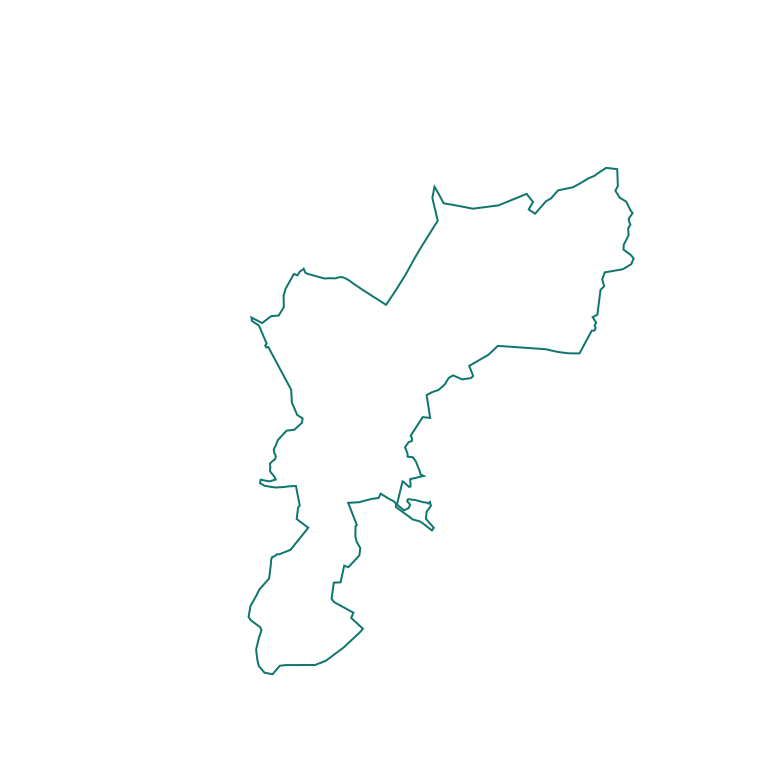 outline of Al Manaqil, Gezira, Sudan, rotated 213°
{"feature_id": "16777658B54371162299186", "entity_name": "Al Manaqil", "entity_type": "district", "adm_level": 2, "iso_a3": "SDN", "parent_name": "Sudan", "parent_adm1": "Gezira", "projection": "orthographic", "projection_center": [32.93, 14.177], "detail": "fine", "context": "isolated", "style": "outline", "palette": "teal", "viewbox_px": 768, "rotation_deg": 213, "n_neighbors": 0, "source": "geoboundaries", "source_scale": "gbopen_adm2", "svg_char_len": 3459}
<svg xmlns="http://www.w3.org/2000/svg" viewBox="0 0 768 768"><g transform="rotate(213 384 384)"><path d="M277.3,667.2L280.3,668.9L287.6,668.6L295.2,672.1L295.7,677.4L305.4,691.2L315.4,686.3L318.9,678.4L321.1,672.9L324.8,667.4L329.0,658.7L332.7,651.9L343.5,641.2L345.0,630.6L347.7,625.5L350.0,609.1L357.7,609.2L358.2,617.9L367.9,621.1L368.7,620.1L372.9,613.9L378.5,605.9L381.5,601.6L383.2,599.1L385.3,596.1L389.5,592.6L392.5,590.0L397.9,585.4L400.2,583.5L402.4,581.6L403.0,581.1L404.9,579.5L408.4,578.0L412.5,576.4L422.0,572.5L427.6,570.1L428.0,569.9L429.4,569.3L432.4,568.1L434.7,569.3L436.1,570.1L436.3,570.2L442.1,573.4L443.6,574.2L445.8,575.4L446.5,575.8L449.1,576.9L444.8,566.4L427.8,550.1L427.8,544.0L427.4,520.1L426.9,507.6L425.5,487.8L425.1,469.2L425.4,451.5L451.7,451.3L463.2,451.5L470.0,451.9L473.7,451.6L476.9,451.0L479.3,449.6L482.2,446.2L486.8,443.4L491.5,440.0L495.0,438.9L501.4,436.9L508.0,434.8L510.6,434.5L514.0,436.8L514.0,436.7L514.8,434.9L515.8,432.6L515.8,428.0L519.5,427.2L518.4,410.2L516.2,403.2L509.9,393.9L509.6,384.1L515.6,379.5L519.4,368.7L531.4,367.6L529.0,365.0L520.7,364.9L514.4,360.7L508.4,356.6L504.4,354.0L504.6,351.6L502.7,350.5L501.2,352.0L458.7,328.6L451.2,318.3L445.2,314.3L440.0,310.8L433.5,310.8L431.7,306.8L434.3,296.8L440.3,291.8L442.5,279.2L441.3,273.8L440.9,269.2L438.5,266.4L436.5,265.4L435.2,264.2L434.4,261.6L435.6,258.2L436.3,255.1L433.8,252.0L432.9,250.0L432.0,248.8L430.4,248.1L429.0,247.7L426.5,247.0L424.6,246.0L422.8,244.9L427.1,239.9L435.3,236.6L434.0,233.3L428.7,233.6L423.8,235.7L418.5,238.2L412.6,242.5L408.1,246.3L402.3,250.5L388.5,236.2L388.7,233.5L383.7,223.2L369.2,222.2L372.1,194.0L379.4,183.8L380.9,183.1L381.6,181.0L382.1,179.7L383.5,178.2L383.0,175.3L380.7,171.2L374.4,158.3L376.6,144.1L375.7,135.8L375.1,125.0L370.7,114.9L367.1,113.3L355.5,112.6L352.6,110.7L351.2,105.0L350.3,102.0L346.6,91.6L340.2,83.9L335.6,79.4L327.1,76.8L319.4,79.9L317.9,91.0L313.2,94.8L288.8,110.8L282.1,120.1L274.5,140.6L269.0,162.6L268.4,167.2L284.1,170.0L285.1,175.5L307.0,173.9L311.0,175.3L317.9,190.1L312.4,194.0L318.4,209.9L314.1,211.0L311.3,226.8L314.5,233.4L321.0,236.8L325.0,240.6L330.4,249.2L330.1,251.0L349.3,264.8L340.5,271.3L331.8,280.9L326.5,285.5L327.0,290.2L317.2,290.4L312.3,291.0L308.9,290.3L307.0,287.3L285.9,286.1L279.4,288.2L275.3,288.3L264.1,287.3L263.9,290.5L275.5,293.8L278.7,300.2L278.3,307.4L281.2,310.1L281.6,308.0L282.9,308.0L283.3,307.9L286.5,306.3L294.4,303.8L301.0,300.6L301.0,298.8L300.2,298.0L298.1,297.7L296.2,296.7L296.0,295.4L296.0,295.2L296.0,294.7L296.0,294.4L296.0,294.2L295.7,293.4L298.3,289.0L305.7,289.7L307.5,290.0L315.4,312.4L314.5,312.6L313.6,312.5L311.8,312.2L308.9,311.7L307.8,311.5L307.7,311.5L307.2,311.4L306.9,311.4L305.9,312.5L310.2,318.5L300.6,328.5L304.1,328.1L306.5,330.3L315.1,336.4L319.9,338.3L324.6,335.9L326.3,338.4L331.9,342.4L331.7,348.7L329.6,351.2L330.9,353.7L333.5,355.2L333.5,377.3L326.8,380.7L342.2,397.9L339.2,403.4L335.1,408.6L332.8,416.6L333.0,424.4L330.7,428.9L321.1,430.4L314.2,436.4L313.6,439.3L322.4,445.6L312.3,465.5L309.3,478.0L267.4,501.2L255.6,505.6L246.0,510.2L236.7,516.1L238.8,541.8L236.6,543.6L237.1,546.3L239.2,547.6L239.4,551.0L245.4,553.7L242.8,558.3L253.7,580.9L252.6,585.9L258.0,590.6L259.7,597.8L246.2,610.3L241.9,619.2L243.0,625.3L247.3,626.6L256.3,627.1L258.8,631.4L259.8,641.8L264.0,647.6L264.1,651.8L266.5,653.4L268.8,655.8L268.6,662.7L272.2,664.1L277.3,667.2L277.3,667.2Z" fill="none" stroke="#0f766e" stroke-width="2"/></g></svg>